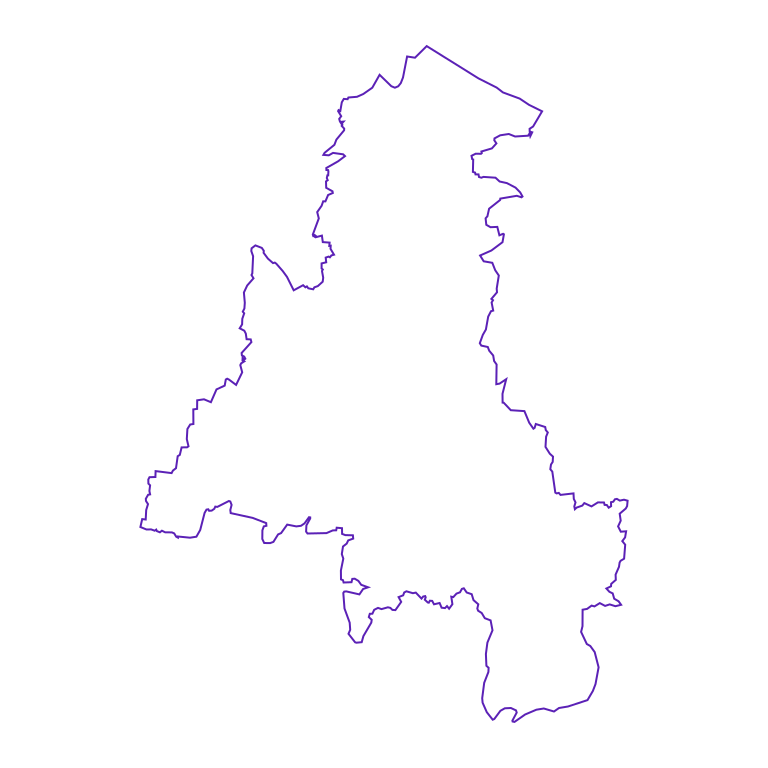 Madaripur, Dhaka, Bangladesh
{"feature_id": "16705992B87985099055959", "entity_name": "Madaripur", "entity_type": "district", "adm_level": 2, "iso_a3": "BGD", "parent_name": "Bangladesh", "parent_adm1": "Dhaka", "projection": "orthographic", "projection_center": [90.154, 23.231], "detail": "fine", "context": "isolated", "style": "outline", "palette": "violet", "viewbox_px": 768, "rotation_deg": 0, "n_neighbors": 0, "source": "geoboundaries", "source_scale": "gbopen_adm2", "svg_char_len": 6108}
<svg xmlns="http://www.w3.org/2000/svg" viewBox="0 0 768 768"><path d="M621.1,604.8L618.6,601.3L614.2,598.7L612.7,593.4L609.4,591.8L606.4,588.5L611.0,586.3L611.2,583.9L615.8,579.9L615.6,574.6L619.0,566.8L619.6,562.6L620.6,560.8L624.1,558.7L625.2,544.7L622.3,541.1L625.1,537.4L626.1,531.3L620.8,531.7L618.1,526.4L620.7,520.7L619.7,513.7L625.8,508.5L627.1,506.1L627.6,500.7L624.0,499.7L619.8,500.6L616.9,498.9L614.9,499.3L613.3,501.7L611.0,502.2L611.1,506.2L608.7,507.7L606.8,505.0L604.6,504.9L604.0,502.5L597.9,502.4L591.5,506.4L584.3,503.1L582.3,505.6L576.6,507.6L574.9,509.2L574.3,506.4L575.5,502.4L573.8,498.9L573.5,493.4L560.5,494.9L558.8,492.9L556.6,493.4L555.3,492.6L552.3,471.6L550.3,469.2L551.0,464.5L552.7,461.9L553.0,456.6L549.8,453.7L545.5,446.9L546.1,436.7L547.8,432.5L545.8,430.1L545.2,427.0L535.8,424.0L534.6,427.9L533.4,428.7L529.2,422.7L524.4,411.1L510.8,410.2L503.7,402.7L502.6,402.6L502.5,393.8L506.2,379.2L499.6,383.6L496.3,384.2L496.6,364.5L494.1,361.0L493.2,355.5L489.2,350.7L487.8,347.0L481.3,345.6L479.8,343.2L482.8,334.9L485.9,329.5L488.2,316.6L491.0,311.2L493.2,310.6L491.6,302.5L493.0,300.2L491.4,298.9L497.0,292.3L496.7,288.6L498.8,275.5L495.2,270.2L492.3,262.8L483.7,261.3L480.1,255.5L491.4,250.5L502.5,242.2L503.9,234.3L503.1,233.8L499.4,235.3L497.3,226.9L490.5,227.2L486.3,224.8L485.6,218.3L487.4,216.3L489.1,208.7L500.1,200.0L500.3,198.6L516.8,195.8L521.5,197.3L522.5,196.5L520.2,192.4L515.5,187.6L506.9,183.1L499.6,181.5L495.5,177.7L483.4,176.9L481.4,177.7L479.0,177.0L478.5,174.4L475.5,174.4L475.1,172.6L472.9,171.9L473.2,159.5L472.2,159.1L471.5,155.8L475.7,153.7L481.0,153.8L481.8,153.1L481.4,151.5L491.9,148.4L496.4,143.4L494.3,140.3L494.5,138.4L500.2,135.3L508.8,134.0L515.1,136.5L528.1,135.7L529.7,133.2L530.3,136.2L532.2,132.3L529.7,131.6L529.6,128.8L533.1,126.5L542.1,111.3L529.1,104.9L519.7,98.6L502.9,92.4L496.7,87.6L478.5,78.4L426.7,46.1L415.0,57.7L407.1,56.5L403.0,77.5L400.8,83.1L398.2,86.3L394.9,87.7L391.3,86.2L379.6,74.8L372.3,87.7L363.3,94.0L357.0,96.8L348.4,97.5L347.6,99.2L343.8,98.9L341.8,102.3L340.3,111.0L338.6,110.1L338.1,111.1L341.2,116.2L339.2,118.9L339.9,121.4L341.3,123.6L341.5,121.8L343.5,121.6L341.9,123.4L342.4,124.9L341.7,125.9L344.2,128.6L344.1,130.3L336.4,139.6L334.4,144.8L324.6,152.8L323.4,154.9L328.8,155.3L333.0,152.9L343.1,154.3L345.0,156.1L338.1,161.3L326.3,168.0L326.4,170.0L328.1,170.1L328.4,171.4L328.2,175.3L327.4,175.3L326.8,178.0L327.7,180.2L326.0,181.4L326.2,187.8L332.5,191.3L332.8,193.0L328.1,195.0L325.4,201.4L323.2,201.3L321.6,205.8L317.2,212.1L318.8,218.4L312.8,234.6L313.2,235.8L314.6,235.0L315.6,235.8L314.6,236.7L315.5,237.3L321.9,235.6L322.8,242.1L329.6,242.6L329.3,245.9L330.7,245.7L330.5,248.8L334.0,254.7L331.4,255.4L329.9,257.3L328.6,256.6L325.7,257.6L326.2,262.3L321.6,263.4L321.6,268.5L322.8,269.5L322.0,271.0L323.2,277.7L322.7,281.7L317.8,286.1L314.4,287.3L313.2,289.3L308.3,288.3L306.9,286.4L305.4,287.3L303.1,285.2L293.7,290.3L287.0,276.9L282.7,271.0L276.3,263.7L274.8,262.6L273.0,263.1L267.9,258.6L263.6,252.8L263.8,250.8L261.8,247.9L255.4,245.4L251.6,248.3L251.3,251.0L253.1,256.2L252.3,273.4L251.5,275.0L253.5,278.3L247.2,285.5L243.9,292.5L244.8,302.8L244.4,308.5L242.8,311.7L244.2,313.3L242.3,318.8L242.1,324.4L239.7,328.3L244.3,330.7L245.8,333.6L246.6,339.2L250.7,339.4L251.4,342.1L241.6,353.0L241.9,355.4L244.2,356.6L245.3,358.7L244.0,359.8L242.6,358.1L242.5,360.5L244.2,361.4L241.1,363.4L240.3,365.1L242.2,372.3L236.1,384.9L229.0,379.6L227.2,378.7L225.8,379.5L224.7,385.6L216.5,389.4L210.9,402.2L204.0,399.3L197.2,400.3L197.1,408.9L193.3,409.4L193.4,424.0L190.2,424.5L187.4,429.0L186.8,439.1L188.5,446.3L187.1,447.3L181.6,447.4L179.8,454.9L177.7,456.2L176.0,468.2L172.9,470.6L171.6,473.1L155.6,471.1L155.4,477.0L149.5,477.2L148.3,479.5L148.4,483.6L150.1,485.3L149.4,491.0L150.1,494.4L148.1,494.8L145.8,498.8L146.0,501.0L148.0,504.1L146.2,510.0L145.7,519.5L142.2,519.1L140.4,527.0L146.5,529.5L151.1,529.4L154.7,530.7L156.2,529.6L156.9,531.1L159.9,532.3L161.9,530.7L165.1,532.3L171.9,532.4L174.2,533.4L176.2,536.7L177.9,537.6L177.9,536.5L190.0,537.7L196.4,536.7L200.2,530.0L204.6,512.9L206.5,509.6L208.3,509.3L209.1,510.8L211.7,510.6L214.3,508.8L215.3,506.6L217.3,506.9L228.9,501.0L230.3,501.5L231.6,504.9L230.3,510.0L230.7,513.1L252.7,517.9L266.2,523.1L266.4,525.8L263.8,526.4L262.4,530.3L262.3,539.0L264.2,543.0L270.1,543.1L273.4,541.9L278.1,534.4L281.1,533.1L287.2,524.6L296.3,526.4L301.0,525.8L304.5,523.4L309.0,517.2L310.2,517.4L310.2,518.5L306.4,525.4L306.1,531.6L307.5,533.5L326.5,533.1L332.8,530.4L336.2,530.3L336.7,527.7L342.0,528.2L342.1,533.9L345.3,535.1L352.9,535.3L353.2,538.6L348.2,540.4L346.7,543.6L343.0,546.5L341.8,554.1L343.3,558.6L340.9,570.5L341.0,579.4L343.0,580.2L343.6,582.5L351.5,582.2L352.3,578.9L354.7,578.7L358.4,580.9L361.2,584.8L368.1,587.3L363.1,589.0L359.4,594.4L346.3,591.4L344.2,591.6L343.3,593.0L344.5,608.5L349.7,622.7L350.2,629.8L348.5,633.8L355.1,642.3L356.4,642.7L361.7,642.2L363.4,636.1L371.3,622.6L371.7,619.8L368.8,617.1L369.8,613.8L372.4,613.7L374.2,609.8L378.0,607.9L381.5,609.1L387.9,607.3L390.4,607.9L392.4,609.9L395.4,610.1L401.2,601.9L398.6,597.1L403.2,595.3L404.2,592.5L406.4,591.3L412.9,593.2L415.8,592.6L421.5,598.6L423.2,596.5L425.2,596.1L425.7,597.3L424.8,599.7L427.8,602.5L428.8,602.7L429.9,600.7L432.2,600.9L434.0,604.3L439.6,603.0L441.6,607.7L445.0,608.1L447.0,606.1L449.1,608.7L452.4,604.2L451.3,596.7L453.3,597.1L456.5,593.6L460.0,592.3L461.9,588.9L463.8,588.3L466.7,592.5L471.7,594.2L473.5,600.1L478.3,604.3L477.3,608.5L478.1,610.7L481.7,613.0L484.8,618.2L490.6,620.4L492.5,630.3L487.4,642.6L485.9,654.0L486.4,665.8L488.6,667.8L488.4,672.0L484.2,682.8L482.2,698.2L482.6,702.7L486.8,712.2L492.7,719.7L494.3,719.0L500.4,710.8L504.8,708.3L510.9,708.0L516.0,710.4L516.7,712.6L512.4,720.6L512.6,721.5L514.5,721.9L525.1,714.5L536.4,709.7L543.8,708.5L554.0,711.5L559.0,708.0L568.0,706.5L587.5,700.1L592.9,690.9L595.5,684.1L598.6,667.3L594.7,652.1L590.3,646.0L586.8,644.0L581.1,631.9L582.5,626.2L582.6,609.7L587.1,608.9L591.6,605.6L594.5,606.4L599.8,603.1L605.1,605.9L609.7,604.4L615.4,606.2L621.1,604.8Z" fill="none" stroke="#5b21b6" stroke-width="2"/></svg>